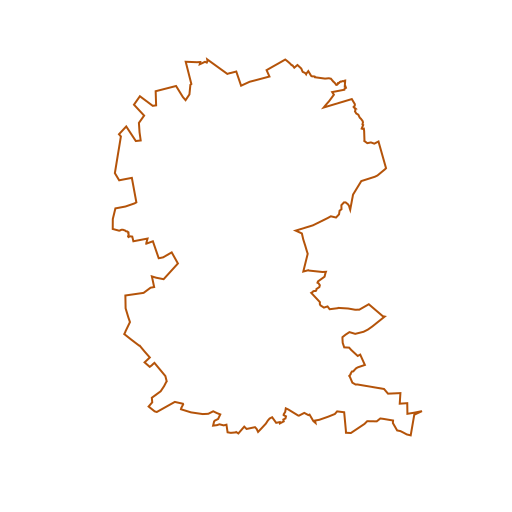 Quiriego, Sonora, Mexico (orthographic projection), rotated 80°
{"feature_id": "50627088B40581127001801", "entity_name": "Quiriego", "entity_type": "district", "adm_level": 2, "iso_a3": "MEX", "parent_name": "Mexico", "parent_adm1": "Sonora", "projection": "orthographic", "projection_center": [-109.479, 27.591], "detail": "fine", "context": "isolated", "style": "outline", "palette": "amber", "viewbox_px": 512, "rotation_deg": 80, "n_neighbors": 0, "source": "geoboundaries", "source_scale": "gbopen_adm2", "svg_char_len": 5728}
<svg xmlns="http://www.w3.org/2000/svg" viewBox="0 0 512 512"><g transform="rotate(80 256 256)"><path d="M437.6,119.5L437.8,127.9L437.7,134.3L427.2,132.6L426.4,140.1L416.1,137.6L414.5,149.9L409.2,153.0L400.1,178.5L399.9,180.2L397.5,183.1L391.0,184.6L390.3,185.0L389.0,183.4L388.4,183.3L388.0,183.0L387.8,182.8L386.4,181.6L386.5,180.2L385.5,179.0L383.9,176.8L383.3,174.9L382.2,167.7L371.2,170.5L372.1,173.2L365.0,178.6L362.4,180.2L361.3,185.0L356.6,185.7L351.6,185.1L350.9,184.9L349.0,181.4L347.2,177.2L349.9,171.8L349.3,163.2L347.9,158.6L345.6,153.7L338.0,139.8L337.3,141.6L323.1,153.3L326.8,163.6L326.1,167.8L323.7,174.4L321.4,184.0L321.6,184.4L321.2,192.7L318.1,194.3L318.6,198.1L315.8,201.1L314.3,201.5L312.8,201.1L312.5,201.1L301.9,208.0L301.3,206.5L300.6,205.6L300.6,204.6L300.8,203.5L300.7,203.0L300.4,202.7L300.0,202.5L299.0,202.2L297.6,199.0L295.8,198.2L293.8,199.1L293.0,200.1L291.8,199.4L288.3,192.1L284.7,190.5L283.7,189.9L283.3,193.3L279.5,206.5L279.1,206.9L279.5,212.1L262.8,204.7L259.8,205.1L253.6,205.8L253.0,205.9L247.7,206.6L241.8,206.9L241.4,207.4L237.9,212.5L235.7,194.7L231.1,178.9L229.9,175.4L232.0,170.5L229.4,167.0L225.9,165.8L224.8,163.7L220.8,163.1L218.5,160.1L218.8,158.4L221.1,156.4L223.1,155.6L225.5,155.4L226.8,155.2L224.9,154.5L219.9,152.6L216.4,151.3L214.4,150.5L213.7,150.3L212.3,149.7L200.5,139.3L198.6,125.2L197.8,122.4L192.8,113.6L192.1,112.7L164.5,115.5L165.9,120.0L164.1,123.1L164.2,126.8L161.5,129.4L160.9,129.1L151.7,127.8L149.3,127.7L149.3,129.1L148.9,129.8L145.6,127.7L144.9,128.3L143.2,127.6L142.8,127.4L142.0,127.6L141.7,127.6L141.2,127.7L140.2,128.3L139.1,128.8L138.3,129.4L137.8,129.8L134.6,130.7L133.1,132.5L130.8,133.4L130.1,133.0L129.7,132.9L129.3,132.8L129.0,132.7L128.6,132.8L128.3,132.6L128.2,132.5L128.2,132.3L127.8,132.6L127.7,132.9L127.7,133.1L127.2,133.3L126.9,133.5L126.5,133.9L126.4,133.9L126.3,134.0L126.1,134.0L125.4,132.9L124.7,132.5L124.3,132.4L123.6,132.3L118.1,134.4L121.5,163.5L119.5,161.2L116.2,157.1L110.7,151.3L107.8,152.5L107.6,140.1L106.5,139.6L106.0,138.2L104.3,138.5L104.3,139.1L98.7,137.7L98.7,137.9L98.7,138.1L98.8,138.4L98.8,138.5L99.3,138.9L99.3,139.0L99.2,139.2L99.1,139.4L99.0,139.7L98.8,140.3L98.8,140.6L98.9,140.9L99.1,141.6L99.1,141.8L99.0,142.1L98.9,142.3L99.0,142.5L99.1,142.8L99.2,143.0L99.2,143.4L99.3,143.5L99.5,143.6L99.9,143.9L100.0,144.1L100.0,144.5L99.9,145.1L100.0,145.2L100.0,145.3L100.3,145.5L100.7,145.7L100.9,145.7L101.0,145.7L101.1,145.9L101.2,146.1L101.4,146.4L101.5,146.6L101.5,146.8L101.5,147.0L101.3,147.2L101.2,147.5L100.3,147.8L99.2,148.4L98.7,148.8L98.4,149.0L98.2,149.1L97.8,149.4L97.6,149.7L97.4,149.8L97.0,150.0L96.6,150.1L96.2,150.5L95.5,150.8L95.0,151.1L94.5,151.5L94.4,151.5L93.6,153.4L93.3,157.2L90.2,166.9L89.8,166.9L89.6,166.9L89.5,167.1L89.3,167.4L89.2,167.6L89.1,168.2L89.0,168.6L88.9,169.0L88.9,169.4L88.7,169.8L88.5,170.1L88.2,170.4L83.0,172.4L84.1,173.6L85.2,174.8L85.7,175.1L84.8,175.5L84.4,175.8L83.6,176.8L82.9,177.9L82.8,178.0L82.6,178.1L80.0,178.7L79.5,178.8L79.2,178.9L75.1,182.0L77.2,185.6L74.5,187.0L74.4,187.6L74.3,187.8L72.7,188.8L71.4,189.8L70.4,190.6L69.2,191.6L67.6,193.1L70.3,200.6L72.4,206.6L74.8,213.3L81.6,211.6L82.9,226.8L83.3,232.0L85.7,241.1L70.9,243.4L71.4,249.5L71.3,249.8L71.4,250.1L71.6,252.3L71.7,252.6L53.9,269.9L55.6,269.9L57.0,270.9L55.9,272.5L56.9,276.1L57.0,276.4L57.1,277.0L57.4,278.1L55.3,277.2L54.9,280.5L52.5,291.5L75.4,289.8L76.0,290.9L85.3,293.5L90.3,298.3L86.8,300.4L74.7,305.2L76.3,326.2L90.3,328.2L90.2,331.6L78.5,342.6L85.8,349.9L98.3,341.8L104.6,348.2L113.9,349.2L122.2,349.5L121.9,354.4L105.9,361.3L112.3,369.8L114.8,368.3L125.1,371.9L129.6,373.5L149.9,380.6L157.7,377.6L157.6,372.8L157.5,364.7L169.7,364.6L182.4,364.5L183.1,366.5L184.6,376.0L184.7,386.2L194.7,390.6L204.5,392.4L206.0,389.2L207.3,386.4L207.2,385.9L207.3,385.7L207.2,385.3L207.0,384.8L206.9,384.5L206.9,384.2L206.8,383.6L206.9,383.2L207.1,382.4L207.5,381.7L207.7,381.4L208.0,380.7L208.8,380.0L209.2,379.6L209.3,379.2L209.3,378.8L209.6,378.5L209.7,378.3L210.2,377.9L210.4,377.6L210.5,377.5L210.8,377.5L211.2,377.8L211.6,377.9L212.2,377.6L212.5,377.7L213.0,377.7L213.3,378.0L214.6,378.6L215.2,378.2L214.9,377.6L214.8,376.5L214.8,376.4L215.4,374.5L220.2,374.2L220.0,359.8L224.5,361.9L224.8,361.9L223.6,355.0L241.3,352.2L241.3,350.8L241.2,347.7L237.8,338.4L249.8,334.2L262.8,351.0L260.0,358.2L258.0,362.1L260.0,362.0L268.9,361.7L268.9,365.3L272.8,373.1L272.3,388.5L272.2,391.5L284.9,393.5L294.1,392.4L299.2,391.6L307.4,397.5L308.6,398.2L310.0,399.3L316.2,393.8L319.8,390.5L324.1,386.5L324.1,386.1L330.6,382.4L337.5,378.2L341.4,384.2L346.7,379.9L345.5,377.5L345.0,376.9L343.6,374.6L358.5,366.1L364.0,365.7L364.5,366.3L368.2,369.1L372.7,373.4L377.5,383.2L382.1,383.6L385.6,387.9L391.4,382.8L392.4,380.8L385.6,361.3L388.8,353.6L389.5,353.5L392.7,356.0L393.9,356.5L398.7,347.2L402.4,336.0L402.9,332.2L403.1,330.3L401.5,325.1L403.9,321.8L405.8,318.7L409.9,321.6L411.0,325.2L411.7,326.0L415.6,327.7L415.8,323.8L415.4,321.2L417.2,317.2L417.0,314.4L424.7,314.6L425.8,311.5L426.2,306.5L425.9,306.1L427.7,304.2L422.0,297.2L424.7,295.3L424.4,286.7L426.4,285.4L429.6,284.5L426.6,280.4L422.8,275.4L420.1,272.9L418.4,270.8L417.6,268.1L423.8,265.1L423.7,261.4L425.0,261.5L423.7,257.4L421.8,257.5L421.1,255.2L419.1,254.3L417.5,256.4L416.7,256.2L414.6,254.3L411.2,253.1L412.8,250.8L420.4,242.2L420.7,241.5L418.9,235.7L421.8,232.0L421.5,230.8L428.5,228.2L430.7,226.4L428.3,226.4L428.3,222.1L426.8,212.9L425.3,205.8L423.1,203.1L425.2,196.3L443.5,197.8L445.7,198.1L446.8,193.3L440.2,178.3L438.0,175.2L439.8,165.8L437.6,161.8L438.5,158.9L440.0,154.7L441.8,149.6L444.3,150.2L448.7,148.6L452.3,147.3L453.5,144.2L455.6,141.4L457.9,138.5L459.5,134.8L439.8,127.7L437.6,119.5Z" fill="none" stroke="#b45309" stroke-width="2"/></g></svg>